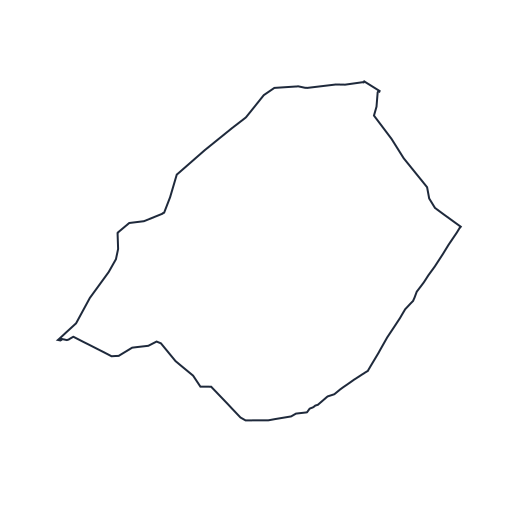 Kadugli, South Kordufan, Sudan (Albers equal-area conic projection), rotated 263°
{"feature_id": "16777658B74518908482161", "entity_name": "Kadugli", "entity_type": "district", "adm_level": 2, "iso_a3": "SDN", "parent_name": "Sudan", "parent_adm1": "South Kordufan", "projection": "albers", "projection_center": [29.536, 11.093], "detail": "fine", "context": "isolated", "style": "outline", "palette": "slate", "viewbox_px": 512, "rotation_deg": 263, "n_neighbors": 0, "source": "geoboundaries", "source_scale": "gbopen_adm2", "svg_char_len": 2163}
<svg xmlns="http://www.w3.org/2000/svg" viewBox="0 0 512 512"><g transform="rotate(263 256 256)"><path d="M404.7,398.8L416.1,384.7L415.2,384.0L415.2,383.6L415.5,383.3L415.2,365.4L416.5,356.1L416.5,355.9L416.6,327.2L416.9,326.1L416.9,325.8L416.9,325.4L419.3,318.5L419.3,316.9L419.4,315.8L420.6,294.7L414.7,283.3L402.1,270.4L395.0,263.1L394.5,262.4L385.8,247.7L367.4,218.2L346.7,187.7L346.5,187.3L324.8,177.9L310.2,170.1L309.8,168.6L309.4,168.4L304.2,149.0L304.2,134.8L304.2,134.2L296.3,122.0L296.1,122.0L295.7,121.4L279.8,120.0L269.9,116.6L258.0,107.8L235.4,86.7L234.8,86.1L211.5,69.5L211.1,69.2L203.4,58.4L197.6,50.4L196.8,49.2L196.7,49.5L196.0,51.6L196.2,52.0L196.3,52.4L197.0,53.6L197.2,52.8L197.4,52.1L197.6,52.4L197.0,54.0L195.6,58.0L195.9,59.9L196.4,60.8L198.1,64.8L197.7,65.5L196.8,66.8L191.7,74.3L188.6,79.0L176.8,96.5L174.1,100.4L173.9,103.7L173.6,107.6L174.1,108.6L180.1,121.9L180.1,127.0L180.0,137.7L180.0,138.2L183.2,146.9L180.9,151.0L161.5,163.3L156.7,167.8L144.9,179.0L133.1,184.9L132.5,189.9L131.7,195.6L130.3,196.6L112.0,210.3L107.3,213.7L97.6,220.9L94.1,225.6L92.2,241.7L92.0,243.4L91.4,248.3L91.8,255.0L92.5,271.3L94.7,276.5L94.6,286.9L94.7,287.6L95.0,287.9L97.9,290.6L98.2,291.5L98.7,293.7L98.9,294.2L99.1,294.7L99.2,294.9L99.4,295.2L100.3,296.6L100.4,297.1L100.8,299.4L101.2,299.9L103.8,303.8L107.5,309.3L107.7,309.7L108.0,310.3L108.0,310.5L109.2,316.7L109.5,317.3L112.8,322.5L113.2,323.1L115.1,326.5L116.9,330.0L121.0,337.7L121.2,338.0L121.6,338.9L124.7,345.3L125.5,346.9L125.6,347.1L126.3,348.7L126.8,349.6L128.1,352.5L128.2,352.9L130.1,354.3L130.7,354.8L131.0,355.0L132.7,356.3L144.9,365.8L148.1,368.1L159.2,376.3L169.0,384.7L176.9,391.4L180.6,394.2L185.0,397.6L190.0,403.6L192.3,406.5L192.5,406.6L192.9,406.8L195.4,408.3L201.0,411.2L208.8,418.8L209.9,419.8L215.8,424.7L223.7,432.1L235.5,442.0L236.9,443.1L243.8,448.6L254.8,458.2L259.5,461.9L259.4,462.1L260.1,462.8L274.5,447.3L281.9,439.5L291.1,435.3L292.0,434.9L303.4,434.2L305.5,432.9L335.0,414.5L355.7,404.8L380.8,390.3L381.0,390.2L389.5,393.8L403.6,396.7L404.2,397.2L404.4,397.3L404.9,397.7L404.2,398.5L404.4,398.6L404.7,398.8Z" fill="none" stroke="#1e293b" stroke-width="2"/></g></svg>